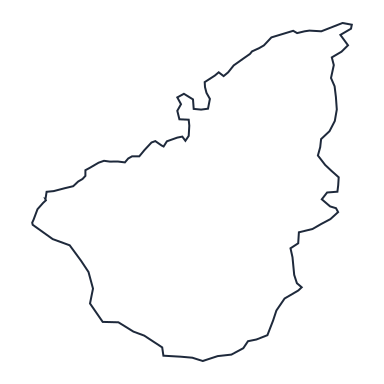 Agios Pavlos, Limassol, Cyprus (Robinson projection)
{"feature_id": "46923920B27663656308874", "entity_name": "Agios Pavlos", "entity_type": "district", "adm_level": 2, "iso_a3": "CYP", "parent_name": "Cyprus", "parent_adm1": "Limassol", "projection": "robinson", "projection_center": [33.049, 34.872], "detail": "fine", "context": "isolated", "style": "outline", "palette": "slate", "viewbox_px": 384, "rotation_deg": 0, "n_neighbors": 0, "source": "geoboundaries", "source_scale": "gbopen_adm2", "svg_char_len": 1616}
<svg xmlns="http://www.w3.org/2000/svg" viewBox="0 0 384 384"><path d="M351.8,24.7L342.5,23.0L321.3,31.3L309.4,30.6L304.6,31.3L297.1,33.1L293.2,30.8L271.4,37.4L263.9,45.4L259.2,48.1L252.0,51.4L250.0,53.9L243.0,58.8L233.7,65.4L228.1,72.4L223.6,76.1L218.7,72.3L214.8,75.6L204.7,82.1L205.0,87.1L206.5,92.9L209.9,98.9L208.0,108.7L201.1,109.6L193.7,108.9L193.0,99.4L183.9,93.8L177.3,97.4L181.0,104.2L177.3,110.8L179.4,119.3L188.7,119.7L189.3,125.7L188.7,135.9L185.4,140.8L182.3,136.6L177.3,137.6L166.9,141.3L163.6,146.5L161.6,145.5L155.3,141.1L151.5,142.5L144.6,149.9L139.3,156.3L132.1,156.3L128.2,158.5L124.9,162.4L117.7,161.5L109.8,161.6L104.0,160.8L98.6,162.7L89.5,168.0L85.4,170.2L85.4,175.9L82.5,179.0L78.2,181.5L73.2,186.2L64.8,188.2L53.7,191.1L46.6,191.8L45.5,198.9L45.2,198.8L45.9,200.3L43.2,202.8L37.5,209.2L33.6,219.6L32.2,222.7L32.7,224.8L52.7,239.1L69.7,245.3L81.0,260.7L88.5,272.0L93.0,288.6L90.0,303.5L102.7,321.9L118.4,322.3L133.4,331.6L144.2,335.6L162.2,347.4L163.4,355.7L180.8,356.7L192.3,357.7L202.7,361.0L217.7,356.1L231.4,354.6L243.3,348.2L248.0,341.2L256.4,339.5L267.4,335.2L273.1,320.5L276.4,310.5L284.6,298.5L298.3,290.5L301.7,287.3L296.9,283.2L294.2,274.9L292.5,257.3L290.5,248.3L298.2,243.3L298.9,232.3L312.5,229.0L321.0,224.1L330.4,219.1L338.1,212.1L336.0,208.2L330.1,206.4L321.8,199.3L327.1,192.5L337.4,191.7L338.2,185.3L338.7,177.3L331.6,171.0L325.2,165.0L317.9,155.5L320.2,147.2L321.1,139.1L329.5,131.2L334.8,121.0L336.8,109.5L335.9,97.0L334.6,86.3L331.0,78.0L333.8,65.1L331.8,57.4L341.5,51.7L348.0,45.3L340.4,34.9L351.0,28.7L351.8,24.7Z" fill="none" stroke="#1e293b" stroke-width="2"/></svg>